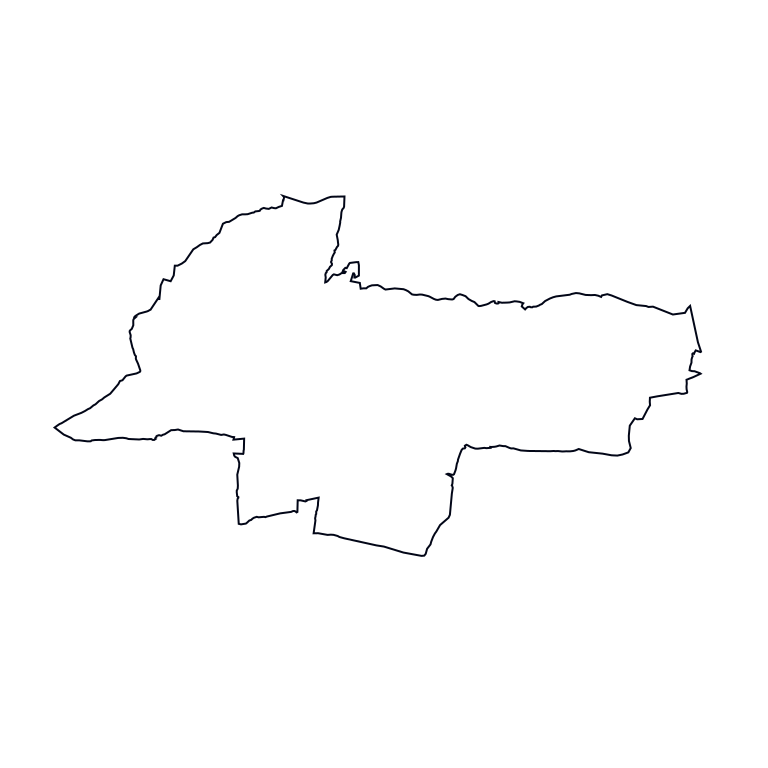 outline of Greci, Mehedinti, Romania, rotated 21°
{"feature_id": "2599482B189071203417", "entity_name": "Greci", "entity_type": "district", "adm_level": 2, "iso_a3": "ROU", "parent_name": "Romania", "parent_adm1": "Mehedinti", "projection": "orthographic", "projection_center": [23.11, 44.567], "detail": "fine", "context": "isolated", "style": "outline", "palette": "ink", "viewbox_px": 768, "rotation_deg": 21, "n_neighbors": 0, "source": "geoboundaries", "source_scale": "gbopen_adm2", "svg_char_len": 6161}
<svg xmlns="http://www.w3.org/2000/svg" viewBox="0 0 768 768"><g transform="rotate(21 384 384)"><path d="M636.6,360.3L637.3,355.4L633.1,349.4L631.1,344.6L628.4,334.8L630.5,326.1L633.0,326.2L637.9,324.0L639.1,313.4L640.0,308.5L638.5,305.4L637.2,301.5L643.7,297.5L662.0,286.9L665.2,286.6L667.3,285.7L670.0,283.7L670.0,282.9L668.4,280.5L667.3,278.0L666.5,275.1L664.9,271.6L670.4,266.6L675.9,260.9L675.2,260.7L669.2,260.8L667.0,261.6L664.3,261.7L663.5,258.0L663.4,253.9L662.3,250.8L662.1,248.5L662.2,247.5L661.4,246.3L661.1,245.3L661.5,244.6L662.6,244.7L662.6,243.3L663.0,240.9L668.0,240.8L668.4,240.2L662.1,232.5L641.8,201.4L640.4,204.5L639.5,209.7L628.8,215.6L607.4,215.4L603.3,217.3L600.8,217.3L591.3,219.9L581.9,220.1L564.7,219.8L560.3,220.1L555.7,223.2L555.5,224.9L552.4,224.8L549.0,225.3L545.6,226.8L540.3,228.6L533.8,229.4L530.6,230.3L526.9,232.7L525.4,234.1L513.4,240.5L510.8,242.4L508.3,244.7L504.7,248.8L502.7,252.8L501.2,254.2L500.5,255.2L498.3,257.2L495.5,258.4L495.0,259.2L493.3,259.8L492.5,259.6L490.7,260.5L489.7,262.0L489.0,263.8L484.8,262.2L484.7,260.1L485.1,258.7L481.3,258.7L478.1,259.4L476.2,260.0L472.1,262.8L469.7,263.9L464.9,265.9L461.5,266.4L462.0,267.5L461.6,268.0L460.0,268.6L458.5,268.5L457.6,267.1L456.5,267.4L454.6,269.1L452.8,271.5L451.3,272.9L446.6,276.3L444.8,277.2L444.1,277.3L439.1,275.1L436.1,275.0L432.4,274.4L428.7,272.8L425.2,272.8L422.7,273.0L420.9,274.5L419.3,277.0L418.5,279.8L417.3,280.7L413.4,281.8L410.8,282.2L407.6,283.8L404.2,286.2L402.3,286.7L400.1,286.7L395.2,286.1L393.7,286.1L387.5,286.9L385.4,287.6L382.6,289.1L379.8,290.0L378.0,290.3L373.5,288.8L370.8,288.5L368.3,288.5L359.8,290.9L351.5,295.3L349.8,295.1L345.9,294.1L342.6,293.9L337.4,296.2L335.6,297.7L334.2,299.1L333.2,301.0L330.6,302.0L328.1,303.4L325.2,298.3L316.1,299.9L315.6,291.8L316.2,291.5L317.7,292.8L318.2,295.2L319.0,295.0L321.7,291.8L318.0,282.1L316.3,279.4L314.2,280.3L308.8,283.2L308.4,284.0L307.7,289.2L306.3,289.4L305.1,292.2L305.1,293.5L306.8,293.0L308.0,293.1L307.6,294.5L304.7,295.6L303.2,297.7L301.3,299.2L297.9,299.6L297.1,300.6L294.6,308.0L293.7,309.4L292.7,310.2L291.4,305.4L290.1,303.1L289.9,301.3L290.4,300.4L290.0,299.0L291.3,296.4L291.6,293.9L292.7,291.8L292.4,290.5L290.8,289.1L290.9,287.3L290.3,285.8L290.3,282.6L290.6,280.1L290.9,278.9L289.9,277.1L290.6,276.3L291.0,273.0L291.6,271.4L291.3,270.1L290.4,268.5L289.3,266.3L286.3,261.5L286.5,256.4L285.9,252.4L285.3,249.1L284.8,247.9L284.3,244.3L282.8,239.3L282.6,238.1L282.5,236.0L283.2,234.2L283.2,232.8L279.9,223.1L268.6,227.7L267.2,228.4L264.4,230.6L256.0,238.8L253.7,240.4L249.9,242.2L248.3,242.8L243.8,243.5L222.4,244.6L223.8,245.3L224.3,248.6L223.9,248.7L224.9,254.3L222.3,256.4L220.1,258.7L218.3,259.2L215.8,259.5L213.7,261.8L210.9,262.5L208.7,262.7L207.4,263.8L206.2,265.3L206.0,266.7L205.3,267.3L202.0,269.0L201.0,270.6L199.6,271.3L195.9,274.3L193.5,275.4L190.8,276.4L188.4,278.3L187.2,279.7L185.9,282.2L181.3,288.1L178.7,289.4L176.2,292.1L176.2,301.9L174.4,304.9L173.7,307.4L172.4,308.4L172.3,310.9L170.9,314.3L168.9,315.7L164.5,317.7L162.3,320.2L160.2,323.4L157.7,326.6L154.4,340.5L152.1,344.0L148.9,347.5L146.3,348.5L148.8,358.0L148.0,364.5L140.6,365.2L140.2,372.0L144.1,386.0L142.7,383.7L139.4,398.4L138.9,398.7L137.8,400.2L136.6,401.3L130.2,406.0L127.5,409.6L126.9,411.1L126.9,411.4L127.2,411.6L128.0,411.2L127.1,412.9L127.0,413.8L127.2,414.7L128.9,419.0L128.8,422.9L127.8,424.8L127.6,425.8L128.1,426.9L130.0,429.2L130.7,431.2L130.8,432.4L136.2,440.3L137.3,441.3L139.2,444.1L141.0,446.2L142.5,447.0L143.2,449.2L143.8,450.0L147.1,453.2L151.6,458.6L151.9,459.7L151.6,460.3L149.2,462.8L140.7,468.4L140.0,469.5L138.5,474.2L136.4,475.9L136.0,479.4L131.9,491.2L127.7,496.8L126.3,499.4L124.1,502.0L121.9,506.4L120.4,508.1L118.3,511.9L116.6,513.6L114.5,516.4L111.8,519.4L105.9,524.7L97.0,536.2L95.5,537.6L93.9,539.9L92.1,542.7L103.2,546.0L110.9,546.4L113.6,547.2L116.1,547.2L119.7,545.8L127.7,543.8L130.7,542.6L131.3,541.5L134.0,540.0L138.8,538.0L141.9,537.1L143.5,536.4L155.2,529.6L159.5,527.8L162.9,527.0L165.2,526.9L175.4,523.5L178.8,521.6L183.0,520.4L185.4,519.2L186.5,518.8L188.2,519.1L189.5,518.6L190.3,517.4L190.0,517.4L189.9,516.0L190.5,515.0L190.3,514.3L190.7,513.7L192.3,512.4L194.6,512.1L195.9,510.5L197.2,509.6L201.8,503.4L205.3,501.9L208.0,500.3L213.7,500.0L228.7,494.5L236.9,491.9L242.3,491.2L244.9,490.5L250.2,489.9L252.6,488.5L254.6,488.2L261.0,487.9L263.1,487.3L263.4,489.9L273.0,485.1L276.7,495.5L276.8,496.5L277.6,499.0L277.6,499.7L268.6,502.7L269.8,504.5L271.1,505.3L274.0,505.6L277.2,509.6L278.4,513.1L279.5,521.2L284.0,531.2L284.9,534.0L284.9,535.1L284.7,536.1L285.3,537.8L287.2,541.4L288.6,541.8L288.8,542.5L288.5,543.2L288.5,543.7L288.9,545.6L298.5,566.6L300.8,566.3L305.1,563.8L305.8,562.6L307.2,559.7L308.7,558.5L309.5,556.8L310.6,555.4L312.8,553.6L314.7,553.4L319.6,551.0L321.0,550.8L322.2,549.7L333.4,542.0L343.1,536.7L344.6,535.2L345.8,534.7L347.0,534.7L348.4,535.2L349.0,534.5L345.1,523.5L347.8,522.5L352.7,521.8L353.6,520.9L353.2,520.3L363.7,513.5L364.9,518.3L365.8,520.9L366.7,525.9L366.4,527.3L367.3,529.7L367.1,530.4L367.6,532.4L367.8,534.0L368.9,536.0L371.8,548.6L376.0,546.9L385.4,545.1L388.4,543.7L391.0,542.9L395.2,542.5L397.2,542.8L402.2,542.3L434.7,537.4L442.2,535.8L462.5,534.4L480.7,531.0L483.1,529.8L483.8,527.6L483.3,522.4L484.9,517.1L484.6,514.4L484.6,509.3L485.1,505.3L485.7,503.1L486.9,495.6L492.2,485.7L492.4,482.5L486.6,461.9L485.4,456.3L484.1,454.6L483.6,454.4L483.6,452.6L482.0,447.3L480.6,446.6L479.3,446.2L475.0,445.6L475.5,445.1L476.6,444.6L479.6,444.4L481.0,444.1L481.7,443.2L481.7,439.0L481.5,436.9L480.6,432.4L480.6,429.5L480.2,428.2L480.0,421.8L480.1,417.8L480.7,416.1L482.5,415.1L482.7,413.9L481.9,413.2L481.6,412.7L482.7,411.2L484.0,411.2L487.6,411.8L492.4,411.6L494.9,410.7L500.5,407.7L502.6,407.2L506.4,405.4L506.2,405.1L504.8,404.7L506.2,404.6L509.7,403.0L511.2,402.1L513.9,400.0L517.4,399.3L519.7,398.5L524.0,398.7L525.8,398.6L527.9,397.7L535.5,397.0L542.7,394.8L563.2,387.2L566.7,385.6L567.7,385.4L570.6,384.2L574.7,383.1L578.3,381.5L582.0,380.1L584.7,378.7L586.4,377.5L589.1,374.9L599.6,374.3L613.0,370.7L622.0,369.0L627.5,367.2L632.0,364.3L636.6,360.3Z" fill="none" stroke="#020617" stroke-width="2"/></g></svg>